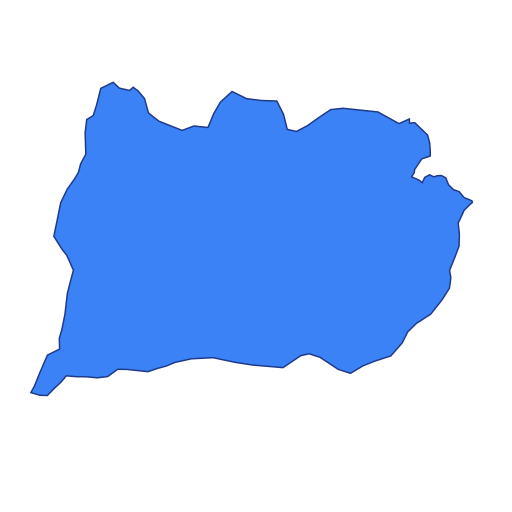 Zoopigi, Limassol, Cyprus (Equal Earth projection), rotated 6°
{"feature_id": "46923920B29369326831274", "entity_name": "Zoopigi", "entity_type": "district", "adm_level": 2, "iso_a3": "CYP", "parent_name": "Cyprus", "parent_adm1": "Limassol", "projection": "equal_earth", "projection_center": [33.004, 34.864], "detail": "fine", "context": "isolated", "style": "filled", "palette": "blue", "viewbox_px": 512, "rotation_deg": 6, "n_neighbors": 0, "source": "geoboundaries", "source_scale": "gbopen_adm2", "svg_char_len": 1690}
<svg xmlns="http://www.w3.org/2000/svg" viewBox="0 0 512 512"><g transform="rotate(6 256 256)"><path d="M394.2,103.7L384.3,109.4L362.2,100.0L345.5,100.0L327.1,100.0L315.0,102.6L307.2,109.1L301.3,114.1L293.7,120.9L283.2,127.9L273.8,126.8L268.6,112.3L260.5,99.7L244.9,100.8L230.1,100.5L215.0,94.9L204.5,106.7L199.1,118.8L194.8,133.2L183.0,133.2L180.7,133.2L169.4,138.8L145.4,132.1L134.1,125.0L128.7,111.1L121.4,104.1L116.2,101.0L113.0,104.6L102.5,103.3L95.8,98.2L84.1,105.5L81.6,122.9L79.4,133.4L73.4,138.0L73.2,151.3L76.1,172.6L72.0,182.6L70.6,191.5L67.8,197.8L61.3,209.2L56.2,223.4L54.3,243.4L52.9,257.6L62.4,269.6L67.8,275.2L75.9,289.2L74.5,298.2L72.3,312.9L72.1,333.7L70.6,349.5L69.0,358.4L70.4,369.1L59.0,376.3L56.4,384.4L53.1,395.0L49.3,408.4L47.5,412.7L46.4,415.4L55.9,417.1L63.1,416.5L69.5,408.4L75.1,402.0L79.9,395.0L89.9,394.8L99.4,393.9L111.0,393.7L121.1,391.4L130.3,383.1L139.3,382.3L150.1,382.3L160.7,382.3L170.0,378.0L178.3,374.8L186.5,370.3L202.4,365.0L223.9,361.6L246.0,363.9L264.1,364.8L294.5,364.2L311.0,350.4L319.1,347.7L330.4,350.1L349.5,360.1L362.2,362.8L374.1,353.9L385.4,348.0L400.5,341.3L410.5,327.1L414.8,315.6L422.6,306.2L435.8,295.6L445.5,280.3L451.7,267.9L452.0,261.4L452.0,257.0L450.0,250.1L453.8,236.9L456.9,224.9L456.0,213.0L454.0,203.9L453.6,201.9L454.8,198.9L458.2,188.8L463.3,182.5L465.6,180.1L465.0,178.6L462.6,177.8L456.8,176.1L451.4,170.8L445.4,169.3L440.1,165.1L436.5,158.4L431.9,156.6L428.0,157.2L424.6,158.7L420.1,157.1L415.6,160.2L413.7,165.7L410.7,163.7L402.5,161.0L404.7,156.4L404.7,153.5L410.7,142.1L418.9,138.3L418.1,132.0L416.9,125.4L414.0,117.8L399.9,106.8L394.8,107.9L394.2,103.7Z" fill="#3b82f6" stroke="#1e3a8a" stroke-width="1.5"/></g></svg>